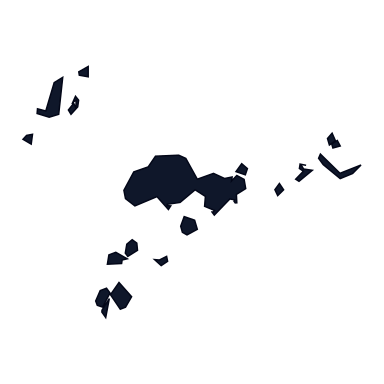 the district of Sulu, Sulu, Philippines
{"feature_id": "2640588B7308386302326", "entity_name": "Sulu", "entity_type": "district", "adm_level": 2, "iso_a3": "PHL", "parent_name": "Philippines", "parent_adm1": "Sulu", "projection": "natural_earth1", "projection_center": [120.931, 5.941], "detail": "medium", "context": "isolated", "style": "filled", "palette": "ink", "viewbox_px": 384, "rotation_deg": 0, "n_neighbors": 0, "source": "geoboundaries", "source_scale": "gbopen_adm2", "svg_char_len": 1884}
<svg xmlns="http://www.w3.org/2000/svg" viewBox="0 0 384 384"><path d="M214.5,210.4L212.6,212.8L211.5,211.3L214.3,215.1L229.8,199.0L234.7,199.8L234.0,201.2L235.2,202.9L236.8,202.8L236.4,194.4L245.7,188.6L244.1,179.4L236.8,175.5L231.5,181.0L232.1,177.0L224.6,178.5L213.5,173.4L197.3,179.2L185.8,158.4L178.7,155.2L155.5,156.2L148.2,166.9L133.8,171.9L123.9,190.3L125.5,198.6L134.9,205.9L157.0,196.6L168.4,209.5L170.7,205.9L167.3,205.7L167.1,204.3L180.1,202.4L195.1,189.8L205.4,196.4L204.6,206.3L214.5,210.4ZM62.7,77.4L54.2,82.6L45.8,111.0L37.5,108.8L37.1,113.5L49.2,117.2L58.7,114.3L62.7,77.4ZM119.0,282.5L110.5,294.7L120.3,309.2L125.5,307.2L131.6,296.7L119.0,282.5ZM184.2,216.6L180.7,226.2L182.4,232.3L187.0,234.9L197.3,229.3L194.6,220.2L184.2,216.6ZM320.4,154.1L318.6,158.3L323.2,164.6L340.2,178.6L352.6,173.5L361.0,165.0L340.0,173.3L320.4,154.1ZM110.0,293.0L106.5,288.2L100.2,290.6L95.7,301.0L97.3,305.3L102.6,307.1L110.0,293.0ZM115.8,252.3L108.9,254.9L107.4,264.2L121.6,263.5L122.1,260.0L127.2,258.8L115.8,252.3ZM132.2,239.7L126.8,244.2L125.3,253.1L127.8,256.4L137.5,250.3L136.8,243.1L132.2,239.7ZM306.1,165.3L300.1,164.1L299.4,168.5L303.4,171.2L295.7,179.2L299.0,181.3L312.3,170.3L303.6,169.0L300.7,164.3L306.1,165.3ZM241.7,163.7L236.0,171.6L245.3,174.8L247.4,168.6L241.7,163.7ZM75.5,96.3L72.0,104.1L73.5,101.6L76.2,100.5L75.8,108.3L73.7,103.3L68.4,110.0L71.0,114.3L77.7,106.9L78.6,100.2L75.5,96.3ZM88.2,66.5L78.8,71.8L79.3,75.2L88.2,76.8L88.2,66.5ZM32.5,134.3L26.6,135.4L23.0,139.3L31.2,144.1L32.5,134.3ZM166.6,256.4L159.4,260.0L154.6,259.6L161.2,265.6L167.6,261.3L166.6,256.4ZM279.4,183.5L274.9,189.7L277.7,195.6L283.6,189.8L279.4,183.5ZM105.7,317.5L109.3,298.6L102.0,310.2L101.9,312.1L105.7,317.5ZM332.1,133.2L327.5,138.5L329.4,145.0L335.4,140.7L332.1,133.2ZM337.3,140.5L331.7,143.9L332.9,148.0L340.2,146.0L337.3,140.5Z" fill="#0f172a" stroke="#020617" stroke-width="1.5"/></svg>